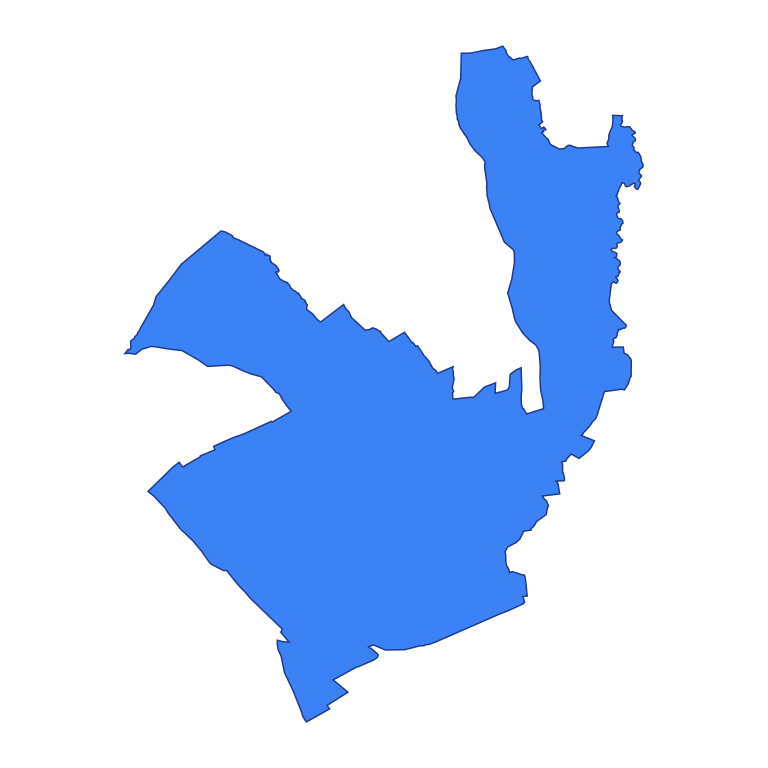 Codaesti, Vaslui, Romania
{"feature_id": "2599482B61991587301534", "entity_name": "Codaesti", "entity_type": "district", "adm_level": 2, "iso_a3": "ROU", "parent_name": "Romania", "parent_adm1": "Vaslui", "projection": "robinson", "projection_center": [27.774, 46.879], "detail": "fine", "context": "isolated", "style": "filled", "palette": "blue", "viewbox_px": 768, "rotation_deg": 0, "n_neighbors": 0, "source": "geoboundaries", "source_scale": "gbopen_adm2", "svg_char_len": 6109}
<svg xmlns="http://www.w3.org/2000/svg" viewBox="0 0 768 768"><path d="M327.1,705.4L347.9,692.2L333.2,679.9L357.2,666.7L358.4,666.7L374.0,659.8L377.1,657.6L378.3,655.2L377.1,653.6L371.1,648.4L368.5,647.3L369.2,646.4L373.7,645.0L385.4,650.0L404.7,649.7L419.1,646.0L424.5,645.6L424.7,644.9L429.3,644.3L434.7,642.4L498.4,614.5L508.5,610.6L523.2,603.8L524.6,602.3L522.9,596.5L527.2,596.0L525.6,580.4L524.5,575.1L521.2,574.5L512.2,571.6L509.3,572.5L509.1,570.3L508.4,568.5L506.7,566.1L505.9,562.7L505.6,554.2L505.0,551.8L507.7,546.9L516.0,542.6L519.8,539.0L522.7,533.5L523.4,531.2L531.1,530.1L531.2,528.5L533.8,526.3L536.0,522.7L536.1,521.9L546.2,514.5L547.1,509.5L548.4,505.5L546.4,500.9L544.8,499.7L542.4,496.0L559.7,493.9L558.0,483.7L555.9,481.1L564.2,480.7L564.4,480.2L564.5,477.7L562.6,471.0L562.6,464.6L561.9,462.4L562.0,461.8L565.8,461.1L566.9,458.6L571.2,454.1L579.1,458.4L588.0,451.2L590.9,447.8L594.5,440.9L581.3,435.5L582.8,434.3L583.1,433.0L586.6,429.6L591.4,423.7L592.1,422.3L595.8,418.4L597.0,415.5L604.4,391.6L621.6,389.2L624.4,389.9L628.2,383.9L630.3,377.1L631.1,376.5L631.3,360.5L630.5,358.4L628.5,356.3L627.7,354.8L624.1,353.1L623.3,347.1L615.2,347.1L612.4,347.5L612.4,346.2L613.9,341.2L613.0,339.7L613.5,338.8L616.1,337.5L617.1,335.3L617.3,332.5L618.4,331.2L618.8,329.8L621.1,329.3L622.9,328.2L624.6,328.2L625.7,327.4L626.3,325.3L611.4,310.2L610.0,304.5L609.6,304.0L609.3,299.8L611.4,283.9L612.0,282.9L613.3,282.0L616.1,283.2L617.4,282.4L618.0,280.3L615.8,276.9L618.2,275.9L619.0,272.7L619.8,272.6L620.1,271.5L618.6,269.9L617.7,267.9L618.4,266.4L620.0,265.1L620.3,263.1L619.7,261.0L615.0,257.5L616.5,256.8L616.9,253.4L611.5,250.8L610.8,250.0L610.9,249.4L612.3,248.6L616.2,248.2L617.3,246.3L616.9,243.8L617.2,243.2L620.5,242.3L621.9,241.2L622.5,240.0L621.2,239.4L618.8,235.6L617.1,234.1L616.5,232.3L617.3,231.3L620.4,229.9L620.1,227.5L621.8,224.0L622.9,223.4L622.8,221.2L622.3,220.4L620.7,218.5L619.5,218.8L617.8,217.9L616.6,214.3L616.8,213.1L619.3,212.0L619.3,210.7L617.6,205.9L620.1,203.4L618.5,201.8L617.5,197.6L616.1,195.9L617.1,194.9L617.6,192.6L618.7,190.3L618.7,189.4L621.2,184.9L621.7,182.7L624.0,183.2L624.7,183.9L625.4,185.9L626.7,186.7L628.9,186.1L633.6,183.2L634.8,183.1L635.4,184.7L634.4,186.1L634.5,186.8L636.5,189.1L637.3,189.3L638.0,188.9L640.7,183.7L640.3,182.3L638.5,180.2L641.6,176.0L638.7,172.6L640.1,169.0L642.7,167.3L643.1,165.6L642.7,163.9L641.2,160.9L640.9,157.0L639.4,154.2L638.2,152.3L636.4,152.5L634.3,150.5L633.7,149.6L634.1,147.6L632.2,145.7L633.2,142.4L635.3,140.5L635.5,139.4L634.4,137.6L632.0,135.6L633.0,134.1L635.1,133.2L635.2,132.1L632.1,130.1L629.8,126.9L627.6,126.6L624.8,127.3L621.1,126.2L620.5,124.3L621.5,123.6L622.5,121.8L621.8,118.7L622.4,115.7L612.6,115.4L613.0,119.8L612.4,126.4L609.5,132.9L608.8,135.7L608.8,138.9L607.0,143.3L608.3,146.5L578.1,148.0L572.9,146.5L570.6,145.4L568.8,145.3L567.5,145.8L564.6,148.3L559.7,149.2L552.1,145.4L550.5,144.3L549.6,142.9L548.0,139.1L546.9,138.5L541.7,132.7L543.6,131.7L543.1,130.6L543.9,130.0L545.8,129.8L545.5,129.1L543.8,127.1L541.7,128.4L540.9,128.1L539.0,124.8L542.6,121.9L541.6,119.9L541.1,112.8L539.8,106.5L540.1,105.0L538.8,100.3L535.9,100.8L533.7,100.1L532.5,98.9L532.8,97.4L531.9,94.5L532.4,86.9L540.4,80.9L530.0,61.5L529.1,60.8L528.1,58.7L527.7,56.7L526.8,56.4L522.0,58.3L519.0,58.1L513.2,60.0L508.1,55.7L506.2,52.6L506.0,50.7L502.7,46.1L495.5,48.9L484.1,50.4L470.0,53.2L461.3,53.2L460.7,78.1L456.0,95.9L456.4,101.2L456.0,105.0L456.4,113.0L457.4,116.8L457.1,118.9L458.6,121.4L458.9,124.5L460.5,128.2L467.4,138.5L469.8,143.6L472.4,147.3L474.9,150.6L482.3,157.5L484.6,161.0L485.1,162.2L484.7,164.1L484.7,167.8L486.9,182.9L486.6,188.6L487.1,191.3L487.0,195.3L489.2,203.8L490.0,208.3L504.5,242.3L512.6,249.1L513.7,250.6L514.3,253.4L514.5,262.3L511.8,279.1L507.7,293.1L512.2,308.2L514.7,319.1L515.9,322.1L522.8,333.1L529.6,340.3L535.7,344.9L538.4,349.4L539.1,351.8L540.3,366.6L540.0,377.3L540.6,390.0L543.0,401.2L543.6,408.6L526.6,414.0L523.5,408.7L522.7,408.4L521.3,404.1L521.2,397.6L521.8,388.6L521.1,367.7L515.9,370.1L510.2,374.2L509.3,387.1L507.3,390.1L495.1,393.4L495.6,382.9L484.7,386.9L473.3,397.7L472.2,397.1L453.0,399.1L452.4,393.2L453.7,391.4L452.2,387.5L454.1,378.9L453.3,375.4L453.3,371.6L452.5,369.1L453.1,366.7L437.5,373.4L436.0,370.6L432.8,368.3L428.7,360.8L422.8,354.3L422.9,353.7L417.6,345.8L415.9,346.5L412.9,342.5L412.1,342.9L404.5,332.3L388.9,341.6L381.3,333.3L380.4,331.2L379.5,331.3L376.7,329.3L372.6,327.8L369.6,329.5L365.2,330.2L351.4,317.5L349.0,312.0L345.3,308.2L343.7,304.5L321.2,321.6L320.1,321.8L317.3,319.6L312.6,313.8L307.0,309.8L306.6,307.8L307.3,304.7L306.3,303.7L305.9,302.2L304.8,301.7L305.1,300.5L301.8,298.5L298.5,293.2L297.6,293.3L295.5,291.3L292.3,289.7L291.9,288.7L290.7,288.0L289.3,284.8L287.4,283.2L287.5,282.6L283.3,281.0L279.5,278.7L277.0,273.7L275.6,272.1L278.7,271.7L279.0,270.4L277.8,268.1L277.0,267.6L276.6,266.1L270.8,262.0L271.0,261.2L270.0,260.3L270.4,259.3L269.9,258.4L270.2,256.7L269.6,255.7L267.6,255.4L266.8,254.2L265.1,255.1L264.7,253.4L262.9,251.7L237.6,239.4L235.0,238.6L232.7,237.1L232.6,236.1L231.6,235.3L225.7,232.2L223.5,231.5L220.9,231.1L181.3,264.3L169.1,280.5L156.0,296.8L153.7,304.9L140.5,328.0L139.7,330.1L138.1,332.1L136.7,335.2L134.8,336.6L134.5,338.0L130.5,341.3L131.0,348.2L128.6,349.9L127.5,349.9L126.2,352.2L124.9,353.6L128.4,353.2L135.6,354.2L141.7,349.3L150.7,346.5L154.3,346.6L168.2,348.9L182.1,350.6L198.6,360.1L207.7,366.4L227.9,365.2L231.7,365.6L243.7,371.1L251.7,374.1L261.6,376.9L273.6,389.3L275.9,392.4L279.3,393.7L282.1,399.1L286.7,405.8L291.4,411.2L272.2,422.1L271.4,421.3L243.4,434.1L232.4,437.9L213.6,446.3L215.1,449.7L200.3,455.9L200.2,456.9L185.2,465.4L184.0,466.7L182.2,466.5L179.1,462.3L172.7,467.3L148.0,491.5L153.7,496.0L165.4,508.3L168.1,513.0L180.3,528.8L192.6,540.5L201.4,551.0L209.4,562.4L211.1,564.1L223.4,570.5L226.6,570.5L238.3,585.1L245.3,592.3L250.4,598.4L282.3,629.1L280.8,632.2L289.0,642.1L282.9,641.7L277.4,640.2L277.2,643.9L278.1,649.6L281.1,656.1L284.5,672.6L293.4,691.4L301.3,711.4L302.8,716.3L305.0,720.1L306.5,721.9L329.6,708.9L327.1,705.4Z" fill="#3b82f6" stroke="#1e3a8a" stroke-width="1.5"/></svg>